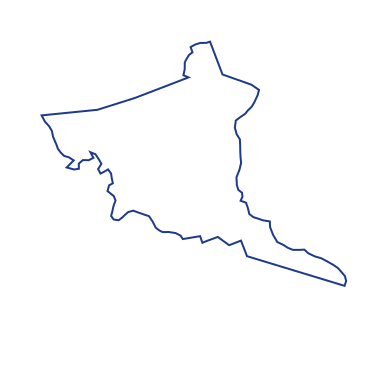 Ibicaré, Santa Catarina, Brazil (Albers equal-area conic projection), rotated 341°
{"feature_id": "56859067B58782294534610", "entity_name": "Ibicaré", "entity_type": "district", "adm_level": 2, "iso_a3": "BRA", "parent_name": "Brazil", "parent_adm1": "Santa Catarina", "projection": "albers", "projection_center": [-51.372, -27.115], "detail": "fine", "context": "isolated", "style": "outline", "palette": "blue", "viewbox_px": 384, "rotation_deg": 341, "n_neighbors": 0, "source": "geoboundaries", "source_scale": "gbopen_adm2", "svg_char_len": 1628}
<svg xmlns="http://www.w3.org/2000/svg" viewBox="0 0 384 384"><g transform="rotate(341 192 192)"><path d="M81.5,128.0L87.8,132.3L92.6,133.2L94.2,128.3L99.2,126.3L104.7,128.3L109.9,127.6L108.9,121.3L113.0,124.9L114.5,130.6L115.5,135.9L110.7,139.7L111.5,144.8L116.2,144.1L120.0,143.3L121.5,148.1L120.6,153.1L120.0,158.0L115.8,158.7L112.4,163.6L116.7,170.4L116.9,175.2L113.1,179.9L110.1,184.8L107.7,188.4L109.1,192.6L113.5,194.8L117.5,193.5L121.0,191.9L125.0,190.2L130.3,190.5L135.4,194.6L140.0,198.2L143.5,200.9L145.2,207.4L146.1,213.9L148.5,217.6L151.1,220.3L157.1,222.3L163.1,225.5L167.0,229.5L168.0,233.5L185.3,236.4L185.3,243.4L190.1,243.1L201.8,242.9L209.8,254.4L222.5,253.9L223.1,270.6L305.7,330.4L308.8,326.3L309.2,321.4L307.2,316.1L305.2,311.4L302.0,307.1L297.9,302.4L292.7,296.8L287.1,292.8L281.9,287.7L279.5,283.1L274.8,281.7L268.6,279.6L264.5,276.0L260.7,271.3L256.3,267.0L254.7,258.8L254.4,250.7L256.0,245.2L249.8,241.8L245.4,238.4L241.8,235.7L239.0,231.5L239.6,225.5L239.6,219.7L235.1,216.1L238.2,212.9L239.0,208.9L236.5,205.1L236.7,199.8L238.9,192.5L244.0,186.6L247.9,180.5L249.2,175.0L250.6,170.1L252.8,163.4L254.4,157.8L253.0,151.8L253.5,145.1L256.7,138.7L261.8,137.0L267.9,135.3L271.5,133.0L276.1,130.9L280.2,127.4L285.6,121.8L288.6,117.3L283.1,109.9L259.1,90.8L258.0,55.7L254.2,55.7L248.5,53.8L243.3,53.6L237.9,54.5L237.9,60.1L233.9,61.4L230.9,63.8L227.4,67.0L225.1,73.5L221.9,78.8L226.0,82.5L169.0,84.5L129.4,83.5L74.8,70.6L75.8,77.4L78.4,83.5L79.4,88.8L78.6,94.6L79.2,102.5L79.3,107.8L80.7,111.9L82.8,116.2L87.1,119.3L90.4,123.6L86.4,125.6L81.5,128.0Z" fill="none" stroke="#1e3a8a" stroke-width="2"/></g></svg>